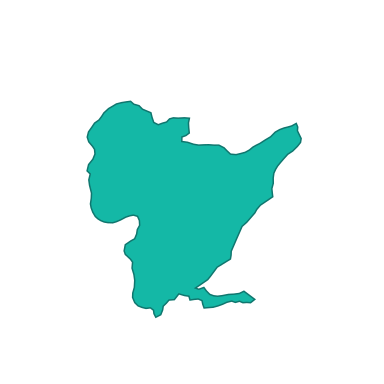 Cruzeiro da Fortaleza, Minas Gerais, Brazil, rotated 42°
{"feature_id": "56859067B23178388269871", "entity_name": "Cruzeiro da Fortaleza", "entity_type": "district", "adm_level": 2, "iso_a3": "BRA", "parent_name": "Brazil", "parent_adm1": "Minas Gerais", "projection": "natural_earth1", "projection_center": [-46.666, -18.961], "detail": "fine", "context": "isolated", "style": "filled", "palette": "teal", "viewbox_px": 384, "rotation_deg": 42, "n_neighbors": 0, "source": "geoboundaries", "source_scale": "gbopen_adm2", "svg_char_len": 2340}
<svg xmlns="http://www.w3.org/2000/svg" viewBox="0 0 384 384"><g transform="rotate(42 192 192)"><path d="M310.5,229.8L303.7,230.4L297.0,231.0L295.1,235.7L291.5,239.9L287.7,243.7L283.6,249.1L280.7,252.4L277.6,254.6L273.7,256.2L268.9,255.9L264.7,255.0L262.1,259.8L258.8,261.1L260.8,252.9L262.3,246.7L262.1,242.5L261.0,231.0L265.4,216.1L263.3,212.8L260.8,209.8L256.3,196.5L252.2,184.0L252.9,178.0L252.7,165.5L251.8,161.7L251.6,156.1L255.2,141.5L252.3,139.0L249.1,136.1L246.6,131.2L243.0,127.3L240.2,123.2L238.9,119.0L238.2,115.2L238.0,110.4L237.9,106.1L237.9,99.9L239.4,94.2L239.8,87.6L239.5,82.6L237.3,79.2L233.1,77.5L229.4,76.0L227.1,73.0L223.6,71.3L221.9,76.2L219.9,79.4L217.6,82.8L215.4,87.0L213.8,91.8L213.5,98.3L211.6,104.4L210.0,110.4L208.4,114.4L207.2,118.0L206.6,122.3L205.0,126.9L202.5,130.8L199.8,134.7L195.3,138.1L190.6,138.0L186.3,137.7L180.6,139.2L177.2,142.3L172.7,145.8L169.1,149.2L165.6,152.7L161.2,155.5L155.5,158.0L150.6,161.3L147.7,157.9L149.7,154.1L150.5,150.0L146.5,146.4L143.1,143.0L140.7,138.9L136.8,141.9L132.3,146.4L128.5,149.4L126.4,152.7L126.3,157.0L124.0,160.6L121.9,164.6L117.0,165.9L112.4,163.3L108.4,160.6L104.2,162.1L99.8,163.6L94.9,163.3L90.0,165.7L85.7,165.7L82.8,169.1L79.9,172.7L76.9,177.2L75.7,181.2L74.2,185.8L73.6,192.2L74.3,196.3L74.7,200.7L73.5,206.0L74.2,210.8L74.9,216.6L77.4,221.3L81.7,223.8L87.5,224.6L91.0,225.5L94.5,228.7L96.4,234.0L96.8,240.8L99.9,246.5L104.3,246.7L107.2,252.0L111.3,255.5L114.7,257.8L118.1,260.1L121.4,264.1L124.5,268.8L127.6,271.2L131.8,273.4L136.5,274.9L140.0,274.9L143.3,274.3L146.7,273.1L149.9,271.1L153.7,267.9L155.6,264.8L157.6,260.5L159.6,255.0L161.7,251.3L163.9,248.4L167.8,246.5L172.0,248.4L175.4,251.8L176.5,256.5L179.0,260.3L180.7,265.2L179.3,269.2L177.7,275.8L181.0,281.2L184.2,283.0L191.2,283.1L194.8,283.9L198.4,288.7L204.1,292.2L208.6,296.0L213.0,301.5L215.6,306.7L218.4,310.1L223.5,312.5L228.1,312.7L232.1,311.2L235.7,309.3L238.6,305.9L242.5,305.6L245.2,307.9L248.9,309.3L250.9,304.1L249.1,299.3L247.0,296.1L247.3,291.9L247.2,287.7L250.9,283.8L250.4,276.5L255.8,273.9L259.4,271.5L262.8,273.6L265.5,270.3L268.3,267.3L272.1,266.0L275.1,268.2L278.6,270.1L281.2,267.3L284.8,263.5L287.5,259.3L289.8,255.0L291.7,250.6L294.5,246.5L298.1,245.0L300.4,241.4L303.9,240.2L306.6,237.4L309.6,235.1L310.5,229.8Z" fill="#14b8a6" stroke="#0f766e" stroke-width="1.5"/></g></svg>